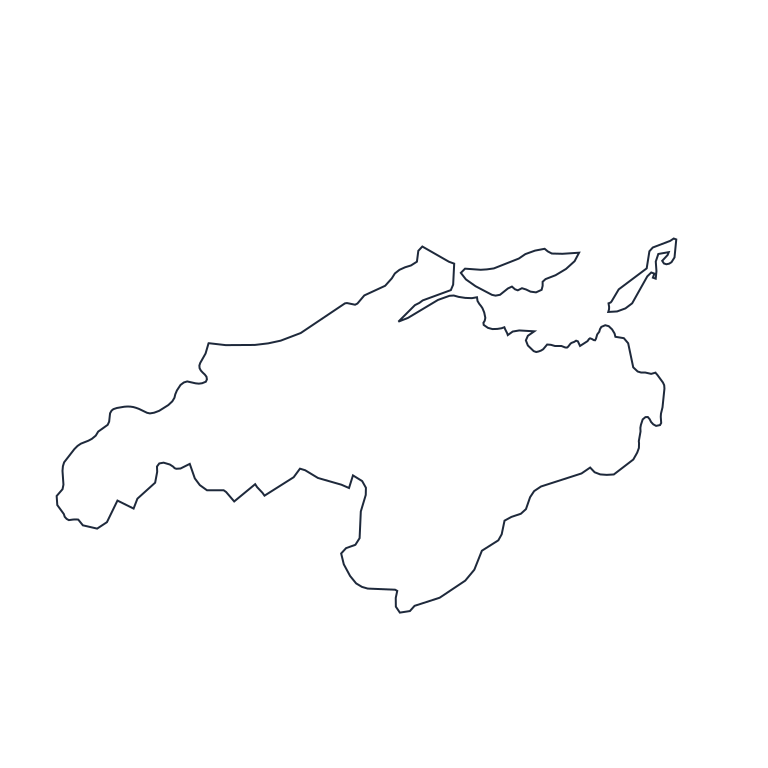 SVG path tracing the border of Charente-Maritime, rotated 110°
{"feature_id": "FRA-5278", "entity_name": "Charente-Maritime", "entity_type": "Metropolitan department", "adm_level": 1, "iso_a3": "FRA", "parent_name": "France", "parent_adm1": "", "projection": "mercator", "projection_center": [-0.827, 45.732], "detail": "fine", "context": "isolated", "style": "outline", "palette": "slate", "viewbox_px": 768, "rotation_deg": 110, "n_neighbors": 0, "source": "natural_earth", "source_scale": "10m", "svg_char_len": 4104}
<svg xmlns="http://www.w3.org/2000/svg" viewBox="0 0 768 768"><g transform="rotate(110 384 384)"><path d="M405.6,562.7L401.6,546.0L391.5,518.8L385.4,506.7L378.6,495.9L364.6,479.7L321.6,448.3L320.6,446.5L319.4,438.3L317.5,436.5L307.5,432.8L291.3,416.5L282.1,412.8L276.4,411.6L271.4,408.5L267.1,404.1L263.4,399.2L257.8,394.9L247.1,397.3L241.7,395.0L246.9,364.8L246.9,359.2L267.0,353.0L272.9,353.3L292.2,376.2L295.7,378.5L299.3,381.9L320.5,391.8L313.7,384.1L286.5,362.0L278.7,352.6L277.0,348.7L276.6,343.6L275.3,337.1L273.3,330.8L270.7,326.3L274.0,324.5L276.1,321.9L277.7,319.3L279.1,317.4L282.5,314.3L287.2,311.4L290.1,311.0L292.5,311.5L294.4,310.5L295.7,305.5L295.3,300.9L293.5,296.4L291.4,292.6L289.5,290.3L291.1,288.9L294.2,285.6L295.7,284.4L290.7,281.0L287.4,275.2L283.1,260.8L289.5,265.3L294.5,265.6L298.6,262.0L301.9,254.6L301.9,251.9L300.6,249.9L298.9,247.9L296.9,246.3L291.1,244.2L290.1,240.6L289.8,236.2L287.6,230.3L287.7,226.2L287.2,224.5L286.1,223.8L282.2,222.5L281.2,221.8L279.4,219.7L277.6,218.3L277.6,216.4L281.2,212.8L274.1,207.4L271.8,206.8L270.6,206.0L270.6,204.0L271.0,201.9L270.7,200.6L269.0,200.3L264.5,200.6L261.3,199.6L258.6,199.8L256.0,199.3L253.1,196.2L252.8,192.6L254.7,188.3L257.7,184.6L260.5,182.7L258.9,174.3L262.2,168.5L283.1,155.5L285.5,149.9L285.3,146.4L283.9,142.6L283.1,136.4L280.5,132.8L280.6,132.7L281.9,130.3L287.2,122.4L289.3,120.3L292.4,118.9L310.7,114.3L317.1,113.6L320.2,112.7L325.8,110.2L328.2,110.6L330.3,114.0L329.8,117.2L328.3,120.1L326.2,122.3L324.8,124.8L325.7,127.0L328.8,128.8L334.5,128.6L337.5,128.1L340.9,126.7L350.6,125.0L352.4,124.1L356.9,122.6L361.9,122.6L369.7,123.9L390.4,137.1L393.2,143.6L395.0,149.9L394.9,155.9L392.0,161.7L400.5,167.8L426.6,201.4L433.3,206.3L440.4,208.0L453.0,207.8L459.1,211.0L465.3,218.8L471.2,224.0L485.0,222.0L491.8,223.1L507.2,235.0L527.6,235.6L541.0,240.4L565.8,258.6L582.0,279.4L588.5,282.0L593.4,290.9L589.2,296.7L581.0,299.8L573.9,300.8L573.5,303.2L581.8,329.3L582.2,335.3L580.9,342.0L576.0,350.2L567.2,360.1L557.9,366.3L551.2,363.5L544.9,355.9L537.2,354.2L511.7,362.2L494.5,363.2L487.7,365.5L482.7,371.3L480.5,381.9L493.7,381.3L493.2,389.6L494.9,413.9L492.0,428.6L492.3,434.0L502.5,437.0L529.8,458.1L527.8,461.0L524.3,468.0L522.2,470.8L545.6,484.6L539.5,495.4L538.7,498.3L544.4,514.0L542.0,522.5L537.4,529.5L525.5,539.2L533.0,546.3L534.7,550.2L534.7,552.0L533.8,553.8L532.9,557.7L533.3,564.2L535.5,568.0L539.2,569.1L544.1,567.1L555.0,565.3L576.1,576.5L586.7,576.7L584.7,594.6L608.6,597.1L618.0,604.1L619.8,618.7L619.7,618.8L616.0,624.9L616.4,626.5L617.6,629.6L619.7,633.6L619.3,636.1L618.0,638.6L615.7,640.4L609.5,649.6L601.2,653.3L592.8,650.1L588.2,650.8L575.6,656.4L571.1,657.6L567.0,657.8L551.1,652.7L547.0,650.8L543.7,648.4L538.4,642.4L535.5,639.8L531.1,637.2L526.5,636.3L516.9,629.7L513.4,629.4L505.2,631.4L502.2,630.9L500.2,629.7L497.9,626.8L494.2,620.3L492.9,617.4L492.0,614.6L491.4,611.7L491.2,608.8L491.2,605.8L492.1,596.8L491.7,593.9L489.6,590.2L486.1,586.1L477.6,579.5L472.7,577.0L468.6,576.2L465.1,576.6L460.9,576.4L454.5,574.9L451.0,572.6L448.9,569.8L447.8,561.3L447.0,558.1L445.5,555.2L442.8,552.2L440.2,552.0L437.9,553.3L436.4,555.6L435.3,558.2L434.0,560.7L432.2,562.7L429.8,563.8L427.1,563.9L416.4,562.1L405.7,562.8L405.6,562.7L405.6,562.7ZM250.2,293.3L248.7,297.1L251.8,300.2L260.5,305.5L262.8,309.4L263.3,313.0L260.8,331.4L257.7,342.8L253.3,349.8L247.9,347.3L243.6,332.2L241.1,326.5L237.8,320.3L220.0,300.2L213.6,295.6L207.0,287.7L202.0,279.3L203.4,275.4L204.0,270.9L200.6,260.8L193.9,245.6L203.4,246.9L213.6,252.3L223.1,260.0L230.2,268.1L233.7,269.9L237.5,268.5L241.6,268.1L245.9,272.5L247.1,277.9L246.6,282.8L246.8,287.1L250.2,290.3L250.2,293.3ZM231.4,200.6L229.9,198.9L228.6,198.4L214.8,195.8L185.5,176.7L168.5,180.0L163.8,178.1L151.6,164.0L148.2,161.5L148.2,158.8L165.7,154.3L171.2,155.5L173.4,157.2L174.9,159.6L175.0,162.2L173.1,164.7L165.8,161.6L162.7,161.5L168.0,170.7L176.0,170.5L184.7,166.6L192.1,164.7L192.1,167.7L187.8,167.7L187.8,171.0L192.8,173.4L223.3,178.4L230.4,183.0L236.1,189.8L239.6,197.9L236.8,198.1L234.6,198.8L231.4,200.6Z" fill="none" stroke="#1e293b" stroke-width="2"/></g></svg>